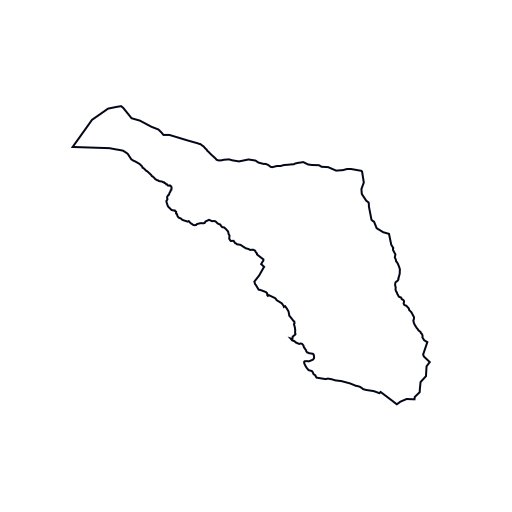 outline of San Jerónimo Tecóatl, Oaxaca, Mexico, rotated 69°
{"feature_id": "50627088B30951925299861", "entity_name": "San Jerónimo Tecóatl", "entity_type": "district", "adm_level": 2, "iso_a3": "MEX", "parent_name": "Mexico", "parent_adm1": "Oaxaca", "projection": "orthographic", "projection_center": [-96.928, 18.146], "detail": "fine", "context": "isolated", "style": "outline", "palette": "ink", "viewbox_px": 512, "rotation_deg": 69, "n_neighbors": 0, "source": "geoboundaries", "source_scale": "gbopen_adm2", "svg_char_len": 5603}
<svg xmlns="http://www.w3.org/2000/svg" viewBox="0 0 512 512"><g transform="rotate(69 256 256)"><path d="M397.8,126.9L394.9,129.2L391.7,129.8L390.2,129.1L388.6,129.0L386.8,129.7L385.9,129.6L383.6,131.0L382.3,131.2L380.7,131.8L377.0,132.5L374.7,132.6L374.0,132.4L372.5,132.2L371.9,131.5L369.8,130.4L364.2,131.1L361.2,132.4L359.8,132.1L356.8,133.3L356.4,133.4L355.1,134.9L354.9,135.0L354.2,135.2L353.4,135.2L353.0,135.1L352.7,134.8L352.1,134.4L351.4,134.1L351.0,134.0L350.5,134.0L350.0,134.3L349.5,134.5L349.2,134.7L348.9,135.1L348.5,135.4L347.9,135.4L347.2,135.4L346.6,135.6L346.2,136.0L345.9,136.6L345.5,137.0L345.0,137.2L344.1,137.4L343.5,137.4L342.9,137.5L342.0,137.7L341.2,137.6L340.6,137.5L340.1,137.7L339.4,137.9L338.6,137.9L337.6,137.8L336.9,137.6L336.1,137.2L335.8,137.0L335.3,136.8L334.8,136.8L334.0,136.7L333.1,136.6L332.4,136.3L331.8,136.0L331.1,135.6L330.7,135.2L330.4,134.8L330.2,134.2L330.1,133.5L329.9,132.9L329.5,132.1L329.0,131.6L328.8,131.4L328.7,131.4L328.2,131.3L328.0,131.2L327.7,131.0L327.5,130.6L327.1,130.4L326.1,129.7L324.6,128.6L324.1,128.2L323.6,128.0L322.9,127.7L322.1,127.4L321.3,127.0L320.5,126.6L319.9,126.5L318.5,126.3L316.8,126.3L315.3,126.3L313.8,126.4L312.4,126.6L311.5,127.0L311.2,127.1L310.2,126.9L309.6,126.8L308.1,126.8L307.7,126.9L307.0,126.9L304.5,125.3L299.6,125.9L297.7,125.3L297.6,125.0L294.0,125.7L283.0,123.9L279.4,128.7L273.3,133.4L266.2,133.5L265.1,134.5L263.5,135.2L253.3,133.4L250.1,132.8L248.2,132.1L246.4,131.7L243.8,133.3L236.0,135.0L231.3,133.6L226.0,129.0L215.1,126.7L214.2,127.2L208.9,136.0L207.4,139.8L207.0,144.0L205.0,150.6L198.9,156.8L196.2,162.8L193.8,164.7L191.1,171.1L189.3,174.5L185.3,178.2L184.0,184.0L183.7,186.3L183.9,187.9L183.0,190.7L182.2,193.7L181.1,197.2L180.8,200.8L179.5,204.1L178.9,209.0L178.1,210.3L175.4,212.0L173.6,213.8L172.7,216.0L169.7,220.2L166.7,222.3L163.2,228.4L161.6,238.0L158.2,243.8L156.1,246.6L154.7,251.3L154.2,254.5L153.2,257.0L151.9,258.4L150.5,258.8L145.6,261.3L143.4,262.3L142.2,262.8L141.6,263.0L141.2,263.3L140.6,263.6L140.2,263.8L138.8,264.0L138.5,264.2L138.1,264.5L134.9,265.7L133.4,266.7L131.5,267.9L131.3,268.5L130.0,269.9L122.9,279.4L112.0,293.4L109.8,299.0L106.8,300.0L102.9,301.8L97.9,307.3L88.0,315.9L82.8,322.8L70.1,326.9L67.8,328.2L66.9,332.3L65.4,341.3L70.1,360.3L75.9,369.0L88.5,388.1L102.8,354.2L106.0,349.0L108.3,345.1L110.1,342.3L113.9,339.6L114.8,339.1L119.5,338.1L121.0,337.8L123.2,336.2L124.5,334.8L125.5,334.0L128.2,331.8L129.2,331.3L131.7,330.2L132.9,330.3L133.7,329.5L136.3,328.3L137.4,327.8L137.9,327.2L142.4,325.0L142.7,324.8L144.1,324.6L144.8,323.9L147.1,322.8L147.6,322.7L147.8,322.6L149.6,321.4L150.1,320.5L151.3,319.7L152.9,317.0L153.9,316.1L154.4,315.3L155.1,315.3L155.6,314.5L156.9,314.1L157.2,313.4L157.9,313.2L158.5,313.1L159.1,312.1L159.2,311.2L159.6,311.2L160.6,310.2L161.2,310.3L162.3,310.4L163.0,310.9L163.8,311.2L164.0,312.0L164.8,312.5L165.7,313.6L166.3,314.3L167.6,315.3L167.7,315.8L167.9,316.5L169.2,317.9L169.9,318.1L171.4,318.4L172.6,320.0L174.3,320.3L178.2,320.4L182.7,318.4L183.9,316.7L184.4,315.5L185.0,315.5L186.0,314.7L187.7,315.4L188.2,314.9L189.1,314.8L190.1,315.0L191.0,314.9L192.3,314.5L192.5,314.4L194.1,312.7L195.7,311.9L197.1,310.4L197.6,309.7L199.4,307.5L199.3,306.3L201.9,305.3L203.2,304.3L204.4,303.5L205.1,302.7L205.6,300.8L205.0,299.7L205.2,298.2L205.4,296.5L205.9,294.8L206.5,293.8L206.7,292.5L206.8,292.2L205.7,290.8L205.4,286.9L205.8,286.5L207.7,284.6L208.5,282.2L209.3,281.3L211.8,280.2L213.1,279.0L213.8,278.1L215.1,277.9L217.0,277.2L217.9,275.5L218.6,275.2L219.1,274.9L220.6,274.2L222.3,273.6L223.2,273.3L225.2,273.6L225.8,273.7L227.4,273.4L230.2,274.8L232.8,274.3L233.1,273.6L233.8,271.5L236.5,270.9L237.1,270.1L238.0,269.7L238.4,269.4L238.6,268.9L240.1,266.4L241.3,265.6L243.5,264.0L243.9,263.7L245.3,262.6L246.6,260.7L247.5,259.9L248.3,259.2L249.0,256.6L250.6,255.0L251.2,254.9L252.6,254.8L253.9,254.2L254.9,254.5L258.3,252.5L261.8,250.3L262.9,250.8L263.6,251.8L265.4,254.1L269.0,252.3L270.5,254.2L271.6,255.5L275.2,259.9L276.7,262.3L279.3,266.7L282.1,266.9L283.1,266.5L284.9,266.2L288.4,265.6L289.0,264.6L289.1,264.3L291.5,261.6L293.2,259.7L294.7,259.0L296.8,259.5L297.5,259.2L297.0,258.2L301.3,254.1L301.9,253.5L302.7,253.0L304.7,252.5L306.0,251.5L309.4,248.9L309.8,248.8L312.5,248.1L313.5,248.2L313.3,246.8L315.9,246.1L318.8,245.6L319.5,245.5L323.8,246.3L324.2,246.1L327.6,245.0L329.7,244.4L330.3,244.2L330.9,243.7L332.7,244.2L333.2,245.0L336.5,245.3L337.3,245.5L339.1,245.9L341.2,246.8L341.8,247.1L343.0,247.1L343.4,247.5L344.4,250.6L346.6,251.8L345.4,253.3L346.6,252.9L347.3,252.4L347.7,252.5L349.3,250.6L350.0,250.3L351.1,249.8L351.4,249.2L352.1,248.9L352.3,248.5L352.8,248.0L353.6,247.1L353.7,245.6L354.5,244.5L356.5,243.8L358.6,244.0L359.4,243.6L360.0,243.6L361.1,243.3L362.0,243.0L362.8,243.2L363.5,243.1L364.5,242.7L364.8,242.1L365.7,241.4L366.1,240.7L367.5,238.2L368.0,237.7L368.8,237.5L369.9,237.8L370.3,237.7L372.1,238.4L372.8,239.3L373.2,240.2L373.3,244.4L372.4,246.1L371.7,248.3L372.1,249.0L373.3,249.4L375.4,249.3L377.0,249.1L378.5,248.8L381.4,247.8L383.4,245.1L384.6,244.7L387.0,244.6L388.8,243.3L389.9,243.4L391.3,243.0L395.9,235.1L396.2,232.8L398.2,229.5L400.6,226.4L403.4,221.1L408.7,213.8L412.2,210.1L412.8,209.5L413.1,209.2L413.2,208.7L415.3,205.9L417.8,204.1L418.5,203.9L420.4,201.4L420.7,200.9L422.1,198.4L424.4,194.4L427.9,190.4L428.3,189.9L427.6,188.4L440.6,180.3L444.9,177.7L444.6,176.5L443.8,173.7L443.7,172.4L443.5,166.6L446.6,159.4L444.5,158.3L441.8,152.0L438.5,150.5L432.6,147.5L429.1,140.4L420.1,136.3L417.3,131.8L410.0,135.3L407.9,135.3L397.8,126.9Z" fill="none" stroke="#020617" stroke-width="2"/></g></svg>